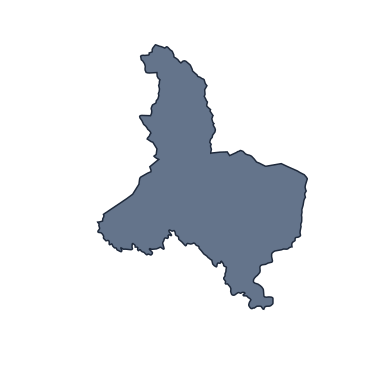 Gia Nghia, Đắk Nông, Vietnam (Natural Earth projection), rotated 321°
{"feature_id": "81297802B66925040014305", "entity_name": "Gia Nghia", "entity_type": "district", "adm_level": 2, "iso_a3": "VNM", "parent_name": "Vietnam", "parent_adm1": "Đắk Nông", "projection": "natural_earth1", "projection_center": [107.695, 12.013], "detail": "fine", "context": "isolated", "style": "filled", "palette": "slate", "viewbox_px": 384, "rotation_deg": 321, "n_neighbors": 0, "source": "geoboundaries", "source_scale": "gbopen_adm2", "svg_char_len": 6044}
<svg xmlns="http://www.w3.org/2000/svg" viewBox="0 0 384 384"><g transform="rotate(321 192 192)"><path d="M235.2,297.6L236.2,295.9L237.5,294.7L238.6,294.4L241.3,294.6L241.6,294.5L242.7,293.2L243.5,292.7L244.2,292.8L246.0,293.9L246.8,294.1L247.6,294.3L248.8,294.2L249.3,293.6L250.2,291.8L251.6,290.3L255.0,287.5L255.6,286.3L256.3,285.5L256.9,285.0L258.0,284.5L258.9,283.7L261.5,280.6L262.5,278.9L264.7,277.0L266.3,274.8L270.0,272.2L273.6,269.0L275.1,268.1L276.8,267.5L277.8,265.2L278.9,264.0L281.4,263.1L281.7,261.9L282.9,259.4L284.6,257.9L289.7,254.5L290.0,254.1L290.2,252.3L290.1,249.2L288.1,244.7L287.2,242.1L282.3,232.5L279.2,226.1L265.6,218.5L265.1,217.8L262.5,212.0L261.0,209.3L261.1,205.4L260.8,201.9L260.5,200.9L259.8,199.6L258.4,197.8L257.7,196.4L257.5,195.9L257.2,192.5L256.1,190.6L255.6,190.1L254.3,190.0L253.0,189.4L251.2,189.2L244.2,187.4L244.6,183.0L238.6,178.5L231.7,174.0L231.0,173.7L231.6,172.9L234.0,171.0L234.8,168.8L235.5,167.7L236.7,167.2L237.0,166.5L237.0,164.7L237.2,164.4L239.6,162.7L242.0,162.3L243.8,160.8L247.6,159.8L249.3,158.4L250.0,156.8L250.4,153.9L251.1,152.8L252.1,152.7L252.0,151.0L253.3,147.9L253.7,147.3L254.6,147.0L255.5,146.1L256.4,146.0L256.9,140.7L257.0,140.4L258.3,139.6L258.0,138.3L257.5,134.7L258.3,133.5L260.6,131.8L260.7,131.3L260.6,130.1L261.1,128.7L261.7,125.4L263.6,124.3L266.2,120.5L270.5,118.8L270.5,116.9L270.8,115.5L272.1,112.3L271.9,111.4L271.1,110.0L270.5,108.0L269.2,105.8L269.6,103.9L269.2,102.2L268.6,98.3L269.4,96.7L270.4,92.9L270.5,91.8L269.5,86.5L268.8,85.4L267.5,84.6L264.6,84.7L264.2,82.6L264.3,80.2L263.8,78.1L263.0,76.0L263.1,75.5L264.2,73.8L265.2,70.2L264.5,67.6L264.3,64.7L264.1,63.8L263.9,63.4L263.5,63.1L261.4,63.0L259.7,59.8L258.5,58.3L256.4,54.7L255.8,54.6L251.8,55.6L250.5,56.4L249.6,57.7L249.1,58.0L246.2,57.0L245.2,58.2L244.8,58.3L244.2,58.1L241.2,56.1L240.0,54.9L238.5,54.1L237.5,54.2L235.8,57.3L236.2,59.2L235.8,62.5L235.0,64.5L234.5,65.3L233.3,66.4L232.3,67.7L231.6,70.2L232.5,71.5L233.8,72.7L239.9,77.1L237.8,80.1L237.3,82.7L237.6,83.5L237.7,84.7L236.5,85.3L234.5,87.5L233.2,88.1L231.6,91.4L229.7,93.3L227.8,94.3L227.0,96.0L226.2,96.7L224.2,98.1L221.7,98.6L220.4,99.8L219.7,100.1L216.2,99.5L215.6,99.7L213.5,100.9L212.6,101.7L212.1,103.1L211.2,104.3L209.9,105.5L207.8,106.6L201.1,100.8L199.8,100.1L198.9,100.3L198.2,101.6L198.0,105.0L197.0,109.0L197.5,111.7L197.4,113.9L197.1,115.3L197.5,117.8L197.4,119.6L196.9,120.5L195.7,120.7L194.2,121.6L191.4,122.1L190.5,122.6L192.0,127.3L192.9,128.6L191.9,136.4L187.8,140.3L185.0,140.2L185.1,141.4L185.7,143.6L186.7,145.7L175.1,145.8L173.8,149.4L172.8,150.4L169.3,149.4L161.3,148.1L160.1,148.5L159.5,148.9L155.6,152.6L144.5,156.4L137.1,156.1L109.1,153.6L108.8,154.7L108.4,155.2L107.6,155.9L106.0,156.5L104.2,158.3L101.2,157.0L99.7,156.0L99.6,156.3L99.8,157.9L99.7,158.3L98.4,159.6L97.6,161.7L97.2,162.2L96.7,162.6L94.6,163.1L94.0,163.5L93.8,163.9L93.8,164.4L95.5,166.3L95.8,167.3L95.9,168.5L95.6,170.4L95.3,171.0L94.4,171.8L94.1,172.4L94.4,175.8L96.2,176.7L96.6,177.4L96.4,178.5L94.8,180.4L94.8,181.1L95.1,181.3L96.9,181.8L97.0,182.2L96.4,184.3L96.5,185.7L96.6,186.6L97.7,187.6L97.7,188.5L97.5,189.1L97.4,189.9L98.9,193.2L99.3,193.7L99.7,193.9L100.5,193.5L100.8,193.0L101.4,190.8L101.7,190.7L102.7,193.3L104.4,194.6L108.3,198.5L109.1,198.8L109.8,198.8L110.2,198.4L110.7,197.1L112.8,194.8L113.4,194.7L113.7,194.9L114.2,197.3L114.1,197.8L113.2,199.1L114.5,200.2L114.8,200.8L114.8,201.2L113.6,202.3L113.4,202.8L113.4,203.8L113.7,204.0L115.0,203.9L115.3,204.1L115.5,204.5L115.4,206.0L115.7,207.1L116.7,208.6L117.1,211.8L117.3,212.3L117.7,212.5L118.6,212.5L119.1,212.9L120.3,215.0L120.8,215.2L122.3,215.0L123.1,214.2L123.2,213.6L122.8,210.1L122.9,209.6L123.2,209.4L123.5,209.4L123.8,209.6L124.6,211.2L128.5,213.8L130.3,214.4L132.5,214.9L132.9,215.4L133.8,218.4L134.3,218.6L134.8,218.3L137.0,213.3L137.6,212.8L139.2,212.2L141.1,210.9L142.1,210.8L142.6,211.1L143.7,212.6L144.1,212.7L145.1,212.3L146.0,210.8L146.9,210.7L147.3,210.9L148.1,212.5L148.4,212.8L148.9,212.7L149.1,212.2L149.2,208.5L149.8,207.4L150.1,207.3L150.8,207.5L151.6,209.4L152.0,210.0L153.7,210.6L153.8,211.7L153.5,212.7L152.4,214.7L152.3,215.3L152.4,216.0L153.1,217.2L153.2,218.4L152.0,220.4L152.0,220.8L152.7,224.3L152.9,228.2L153.1,229.6L153.3,229.8L153.9,229.8L155.3,229.1L156.2,229.2L158.2,231.6L159.3,232.2L161.3,232.8L161.8,233.8L161.7,235.6L161.9,236.3L162.9,238.2L162.9,238.9L162.1,240.3L162.3,243.5L162.2,247.6L163.2,251.0L163.3,253.3L163.7,254.4L163.9,256.0L164.5,257.3L162.8,261.0L162.9,263.1L163.2,264.1L163.7,265.4L164.1,265.5L164.6,265.3L166.0,264.0L167.0,263.5L167.8,263.8L168.9,265.0L169.7,265.0L170.6,264.2L171.3,264.4L171.2,267.3L171.0,268.0L170.3,269.2L170.4,270.0L171.3,271.7L171.3,272.2L171.1,272.5L169.4,273.9L168.4,275.1L166.1,276.4L165.7,277.1L164.7,278.1L162.7,278.7L162.0,279.5L161.9,282.5L160.3,284.0L160.3,284.6L160.5,284.9L161.8,285.8L161.9,289.2L161.8,290.2L161.3,291.7L159.4,293.7L158.5,296.1L158.5,297.3L159.1,298.2L159.6,298.5L160.3,298.9L164.1,299.1L165.1,299.6L165.9,301.1L166.2,301.4L167.6,301.5L168.3,301.9L169.4,303.0L169.5,303.4L169.5,303.8L169.2,304.1L167.1,304.1L166.7,304.6L166.8,305.1L168.9,307.0L169.1,307.4L169.3,309.5L169.9,311.0L170.0,312.7L169.7,313.0L167.3,313.8L165.5,315.0L164.8,315.8L164.5,316.9L164.4,318.8L164.6,319.7L165.0,320.2L165.4,320.5L166.4,320.6L167.4,321.4L170.5,321.6L172.7,323.2L173.7,324.4L173.5,327.6L174.0,328.3L175.7,327.4L176.9,327.2L178.3,327.9L180.3,329.4L181.6,329.9L184.1,329.8L184.9,329.4L187.6,326.1L188.0,325.5L188.1,325.0L187.7,323.9L186.8,322.9L185.4,321.7L183.5,320.5L182.4,319.1L182.4,318.1L185.5,313.6L186.1,312.6L186.3,311.7L186.4,309.7L186.1,307.8L185.3,305.1L183.5,302.4L183.2,301.3L183.2,300.5L184.6,298.9L186.5,298.2L188.5,297.9L190.4,297.9L194.0,297.2L195.3,296.2L197.4,293.2L198.3,292.6L199.4,292.4L200.8,292.8L203.6,294.5L206.4,295.1L209.7,296.7L210.5,296.7L211.2,296.2L213.2,292.3L214.9,290.3L216.1,289.8L218.3,289.8L219.5,290.1L225.1,293.2L227.2,293.9L229.6,296.0L230.6,296.5L232.7,296.5L234.7,297.2L235.2,297.6Z" fill="#64748b" stroke="#1e293b" stroke-width="1.5"/></g></svg>